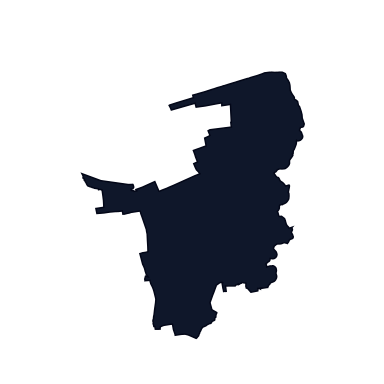 Miroslovesti, Iasi, Romania, rotated 198°
{"feature_id": "2599482B34880028878673", "entity_name": "Miroslovesti", "entity_type": "district", "adm_level": 2, "iso_a3": "ROU", "parent_name": "Romania", "parent_adm1": "Iasi", "projection": "mercator", "projection_center": [26.644, 47.15], "detail": "fine", "context": "isolated", "style": "filled", "palette": "ink", "viewbox_px": 384, "rotation_deg": 198, "n_neighbors": 0, "source": "geoboundaries", "source_scale": "gbopen_adm2", "svg_char_len": 5945}
<svg xmlns="http://www.w3.org/2000/svg" viewBox="0 0 384 384"><g transform="rotate(198 192 192)"><path d="M105.0,114.9L98.9,118.3L99.2,119.7L99.6,120.6L98.2,121.0L96.9,120.8L97.3,121.9L96.2,122.3L96.1,121.9L90.9,124.5L90.5,124.6L90.3,127.2L89.7,127.9L89.5,128.6L89.4,129.6L89.1,130.0L86.9,131.8L86.2,132.5L85.8,133.2L85.4,134.2L85.1,136.0L85.2,137.3L85.3,137.7L85.7,138.6L86.8,140.2L87.2,141.1L87.2,141.7L87.4,143.3L87.8,144.2L88.6,145.6L89.8,146.4L91.0,146.8L92.2,146.9L92.8,146.7L94.0,145.9L94.8,145.9L97.8,143.7L98.5,145.3L98.9,145.9L99.7,146.3L99.7,146.5L98.6,147.9L98.2,148.8L97.5,149.5L97.0,150.4L96.9,151.2L97.1,153.0L94.7,153.4L93.6,153.9L93.0,154.4L92.1,155.6L91.7,157.1L91.8,158.6L92.4,159.7L93.3,160.9L93.8,161.3L96.5,162.8L96.8,163.1L97.1,163.7L97.1,165.9L95.5,168.4L95.0,168.8L94.2,169.2L92.1,169.9L91.4,170.3L90.8,170.6L88.7,172.4L87.5,172.4L86.5,172.6L85.4,172.5L84.8,174.3L84.7,174.8L84.7,175.9L84.1,177.2L82.4,178.5L82.0,179.0L81.7,179.7L81.8,180.1L81.9,180.8L82.1,181.0L83.2,182.5L84.8,184.0L85.0,184.4L85.0,185.0L84.8,186.8L85.0,187.6L85.8,188.5L86.0,189.0L85.8,189.5L88.4,187.5L89.1,188.3L91.2,189.4L92.4,190.5L93.2,191.7L93.6,192.2L94.4,193.6L95.8,195.3L99.2,196.5L99.7,196.5L100.5,196.0L101.2,195.8L101.7,195.9L102.1,196.1L102.3,196.4L103.9,198.9L104.8,199.9L104.1,201.7L103.9,203.0L104.0,203.7L104.6,205.8L104.6,206.3L104.5,206.6L103.0,207.7L102.3,207.9L102.4,208.1L101.2,208.9L99.6,210.5L99.0,211.4L98.6,212.3L98.2,213.6L97.9,214.9L98.0,216.0L98.5,218.1L99.2,220.0L99.6,220.8L100.3,221.1L100.9,226.2L101.2,227.9L101.5,228.3L101.9,228.6L104.8,226.6L106.8,228.0L108.7,229.0L110.7,229.5L111.7,230.0L112.2,230.2L112.6,231.0L113.6,231.9L114.3,232.4L114.6,232.4L116.0,232.3L117.1,233.0L119.5,234.9L119.8,235.5L119.8,235.8L119.3,236.4L118.6,237.0L118.4,237.4L117.7,239.4L117.2,240.0L115.8,241.1L113.1,241.9L111.1,242.8L110.4,243.3L109.1,245.2L108.4,246.8L108.1,248.0L108.1,249.4L108.9,251.7L109.0,252.6L107.9,256.0L107.4,257.9L108.3,259.2L107.7,259.6L108.4,262.5L108.2,263.5L108.0,264.1L107.8,267.0L107.7,269.4L107.9,270.9L108.6,273.4L108.6,273.5L107.6,273.3L107.1,273.3L106.0,273.9L105.0,274.7L104.6,275.3L104.2,276.0L103.7,277.4L103.7,278.1L103.8,278.9L104.5,280.2L104.9,280.4L105.8,281.8L106.7,282.8L108.7,283.8L108.9,284.1L108.8,286.9L107.0,287.9L106.4,288.5L106.2,289.2L106.3,291.4L110.0,296.3L111.3,299.5L113.2,302.5L116.1,306.4L117.6,307.3L119.5,310.7L121.2,311.5L123.1,311.8L123.4,312.2L124.0,313.7L125.5,314.9L126.5,315.6L128.3,317.2L129.7,318.8L130.2,319.5L131.3,322.4L131.9,323.8L133.2,326.0L135.1,327.9L137.4,329.6L137.6,329.8L137.7,330.4L138.2,331.4L138.7,332.0L138.9,332.0L139.1,332.3L139.1,332.6L139.3,332.8L139.5,332.7L139.8,333.4L143.0,333.8L143.5,333.7L145.5,333.1L147.7,332.2L150.6,331.2L153.5,330.5L153.7,330.3L155.3,329.8L159.8,327.7L160.0,327.5L160.3,327.3L161.4,326.3L166.0,322.8L171.6,319.0L173.4,317.5L174.3,317.1L177.6,314.8L194.5,302.9L195.1,302.6L196.1,301.7L200.2,299.0L203.1,296.8L204.6,295.8L210.6,291.4L221.2,284.3L219.8,282.1L234.4,271.9L240.2,267.7L240.5,267.3L238.5,265.4L237.0,263.6L216.5,277.4L214.3,274.0L206.0,278.0L195.6,283.7L191.2,286.0L190.3,283.3L182.5,287.2L176.1,270.4L176.6,270.2L174.6,265.9L194.2,256.7L195.6,255.2L192.4,251.4L193.5,250.0L196.6,247.2L192.8,240.2L203.5,231.9L200.9,228.6L199.3,226.3L196.0,222.3L199.1,219.5L198.0,218.2L196.2,216.1L194.6,214.5L192.1,213.2L190.1,211.8L194.4,208.2L211.7,192.5L215.4,189.3L217.0,187.8L221.1,184.5L223.2,182.6L223.4,182.5L223.8,182.7L224.5,183.4L230.6,190.4L240.7,181.2L246.1,177.0L244.9,176.1L247.2,174.7L247.8,175.1L250.2,174.7L250.8,175.5L251.0,175.8L249.3,176.8L248.9,178.1L248.9,178.4L249.4,179.5L250.5,180.9L250.8,180.9L251.7,180.5L254.8,179.4L282.1,174.6L302.3,175.4L301.7,174.8L300.9,174.0L300.2,173.0L300.1,171.9L299.8,171.5L299.2,171.7L298.0,170.4L298.2,170.1L297.4,169.8L296.8,168.9L296.5,168.7L295.7,168.2L295.0,167.3L293.2,165.7L290.8,165.5L288.9,165.6L288.3,165.4L287.2,165.6L286.0,165.4L282.1,166.1L281.6,165.3L280.4,166.0L279.6,166.1L279.0,166.3L278.5,166.3L278.3,165.9L278.0,165.9L275.5,160.8L273.5,156.5L271.1,150.2L278.3,146.6L275.8,142.2L269.3,144.9L264.1,147.5L259.2,149.6L255.9,150.8L252.5,152.4L251.2,150.4L250.9,149.6L249.6,150.0L247.1,151.6L244.8,152.9L243.9,153.7L235.7,157.8L235.2,157.6L233.8,155.4L232.1,153.3L223.7,142.1L223.2,140.9L221.6,138.1L219.5,132.5L217.0,126.1L215.4,121.6L215.5,121.5L217.4,120.3L220.4,118.8L221.5,117.9L222.5,117.3L216.6,108.1L214.8,106.2L213.3,104.4L212.1,102.4L209.9,99.4L208.8,98.8L207.5,97.7L210.2,97.6L210.0,94.5L209.4,93.6L209.3,93.1L204.7,95.0L204.3,94.2L202.7,91.9L200.3,89.5L198.8,87.7L197.4,85.7L194.1,80.4L193.2,78.8L192.4,75.4L191.1,68.1L190.2,63.8L189.9,61.2L189.5,59.8L189.5,58.5L189.4,57.6L189.2,57.0L188.2,55.4L188.3,54.8L187.0,53.0L186.7,52.3L185.7,52.5L184.5,50.2L180.0,51.7L180.2,52.3L180.3,52.9L180.5,54.0L178.4,55.9L177.4,56.6L171.5,59.6L169.7,60.3L167.1,55.4L164.3,51.7L163.7,50.6L158.3,53.3L154.7,54.7L152.2,54.9L150.8,54.9L142.8,54.1L142.3,54.8L141.9,56.0L141.3,57.3L141.4,58.6L141.1,60.4L141.3,60.9L141.3,61.2L141.2,61.5L141.0,62.0L140.8,63.4L140.8,63.8L140.7,64.8L140.1,66.7L137.4,69.1L136.6,70.4L135.9,71.0L135.4,71.7L133.5,72.9L133.2,73.7L133.1,74.4L132.7,75.4L132.5,75.7L131.7,76.2L131.5,76.4L131.4,76.6L130.9,77.1L130.9,77.6L131.0,77.9L131.2,78.0L131.3,78.6L131.3,79.0L131.1,79.9L130.9,79.9L130.7,80.2L130.8,80.7L130.8,80.9L131.1,81.4L131.1,82.1L131.3,82.6L131.1,84.0L131.1,84.8L131.2,85.0L134.1,85.6L136.1,86.0L136.6,86.3L137.0,86.3L137.0,86.5L137.3,87.1L140.3,91.7L140.7,92.4L140.5,100.2L140.3,103.3L140.1,109.0L140.0,109.6L140.2,110.7L137.6,114.3L135.7,115.4L135.4,114.8L135.2,114.7L134.7,114.9L134.7,114.6L134.9,114.0L132.6,109.6L132.1,108.9L131.2,107.2L130.8,107.5L130.2,107.6L129.5,107.8L128.8,108.1L131.1,113.0L121.9,116.0L121.6,116.9L121.3,117.3L119.6,118.8L119.3,118.2L118.5,118.9L117.6,120.1L116.9,120.5L116.7,121.3L112.5,122.0L111.6,118.9L110.6,117.4L109.7,117.7L105.0,114.9Z" fill="#0f172a" stroke="#020617" stroke-width="1.5"/></g></svg>